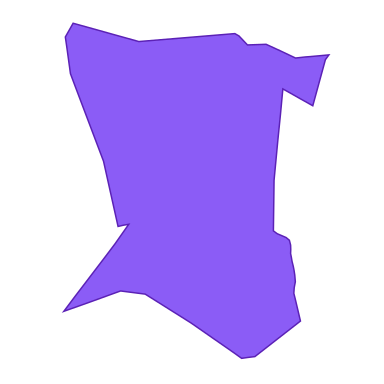 Irecê, Bahia, Brazil, rotated 272°
{"feature_id": "56859067B47886484176392", "entity_name": "Irecê", "entity_type": "district", "adm_level": 2, "iso_a3": "BRA", "parent_name": "Brazil", "parent_adm1": "Bahia", "projection": "robinson", "projection_center": [-41.852, -11.308], "detail": "fine", "context": "isolated", "style": "filled", "palette": "violet", "viewbox_px": 384, "rotation_deg": 272, "n_neighbors": 0, "source": "geoboundaries", "source_scale": "gbopen_adm2", "svg_char_len": 856}
<svg xmlns="http://www.w3.org/2000/svg" viewBox="0 0 384 384"><g transform="rotate(272 192 192)"><path d="M333.8,324.0L331.5,305.8L330.9,300.4L329.5,290.8L336.1,275.5L342.2,260.9L340.9,242.3L349.6,233.5L351.8,229.3L340.5,133.6L356.5,67.3L342.5,60.0L331.4,62.0L306.0,66.4L293.7,71.5L219.7,102.5L155.0,119.3L156.5,124.9L157.5,129.9L137.4,116.8L124.7,107.9L83.8,78.9L68.3,68.1L78.8,94.7L88.1,117.8L90.6,124.1L88.3,148.8L61.2,195.4L32.7,239.6L27.5,247.4L28.6,253.6L29.7,260.6L48.5,283.0L66.8,304.9L89.1,298.8L94.3,297.3L100.0,297.5L105.9,298.4L112.6,297.6L117.4,296.7L121.3,295.8L126.2,294.4L130.1,293.6L133.9,292.7L138.1,292.7L142.4,292.4L147.2,291.0L149.8,287.6L151.6,283.0L153.3,278.6L156.0,274.7L206.5,273.6L246.9,276.0L272.6,277.7L298.2,279.2L288.9,297.1L282.4,309.7L328.9,320.7L333.8,324.0Z" fill="#8b5cf6" stroke="#5b21b6" stroke-width="1.5"/></g></svg>